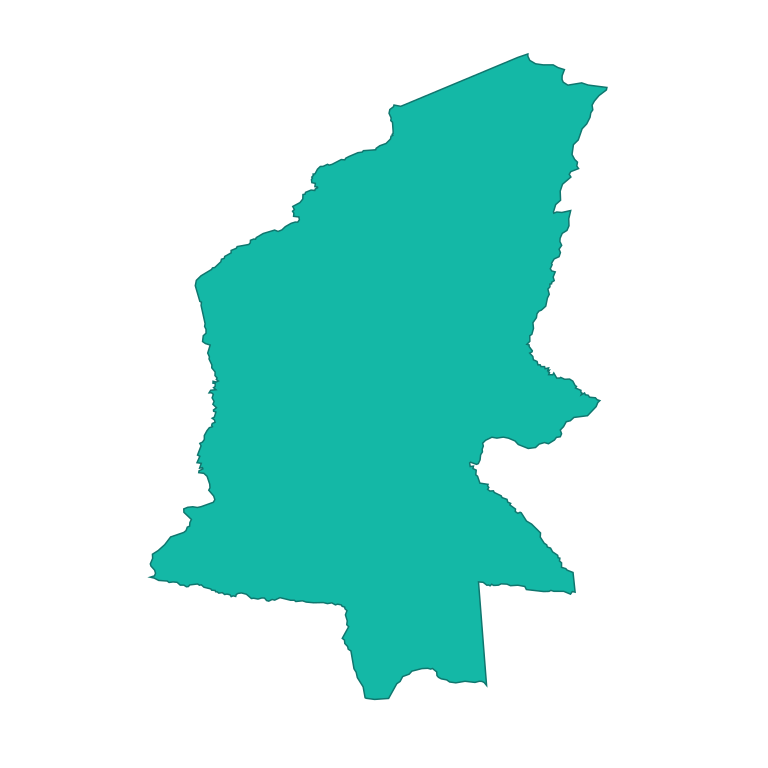 the district of Chinchipe, Zamora Chinchipe, Ecuador, rotated 84°
{"feature_id": "8360857B7366793693817", "entity_name": "Chinchipe", "entity_type": "district", "adm_level": 2, "iso_a3": "ECU", "parent_name": "Ecuador", "parent_adm1": "Zamora Chinchipe", "projection": "equal_earth", "projection_center": [-79.177, -4.854], "detail": "fine", "context": "isolated", "style": "filled", "palette": "teal", "viewbox_px": 768, "rotation_deg": 84, "n_neighbors": 0, "source": "geoboundaries", "source_scale": "gbopen_adm2", "svg_char_len": 6147}
<svg xmlns="http://www.w3.org/2000/svg" viewBox="0 0 768 768"><g transform="rotate(84 384 384)"><path d="M694.5,313.5L590.7,310.7L591.6,306.1L594.9,302.7L594.8,301.1L595.8,299.6L594.4,297.8L595.7,296.2L595.9,294.5L596.0,291.1L595.0,288.4L595.9,282.6L597.8,279.3L598.1,271.9L600.1,265.1L603.3,263.9L607.1,246.9L607.5,241.6L606.7,239.6L607.9,236.8L609.0,226.9L612.5,220.5L610.1,218.4L611.0,215.7L591.2,215.7L588.3,221.3L586.6,222.5L584.9,226.6L580.4,226.1L578.3,228.0L575.6,227.3L575.0,229.0L572.5,229.2L568.5,233.9L564.6,235.5L563.2,238.6L561.0,239.0L559.1,241.3L552.6,244.6L548.5,243.9L538.8,251.8L535.2,256.6L526.4,261.0L525.8,262.1L526.6,264.4L524.5,266.8L522.1,266.3L517.4,271.5L516.0,270.5L514.4,273.3L511.6,273.7L509.3,278.5L507.5,279.1L503.4,285.7L501.7,286.3L501.5,289.9L499.6,292.0L497.8,290.6L496.3,291.7L494.7,291.0L492.6,299.0L485.5,300.6L483.9,302.2L479.3,301.3L477.4,304.4L475.0,303.6L475.1,306.9L471.5,307.1L470.8,306.2L473.6,300.4L473.0,298.5L469.5,296.4L464.5,295.3L461.8,293.2L459.1,293.2L456.1,291.7L453.2,292.1L450.6,288.9L448.2,282.3L449.6,277.4L449.3,270.9L450.9,265.8L454.3,259.7L458.2,256.8L463.2,247.3L463.0,239.9L460.0,236.0L459.0,230.5L460.6,226.7L457.5,220.3L455.1,218.1L454.9,214.2L452.1,212.6L448.2,213.5L445.2,209.9L440.6,206.7L440.0,202.5L437.1,198.6L436.8,184.9L428.7,175.4L424.8,173.3L423.1,171.1L421.9,173.7L419.8,175.2L418.6,181.0L416.5,182.1L415.8,184.8L413.9,185.5L415.5,189.1L413.6,188.1L412.5,189.1L410.9,188.8L408.0,194.0L406.5,192.8L405.7,194.0L400.9,195.9L398.5,198.9L398.2,203.8L395.9,207.6L396.5,208.6L396.2,211.6L390.8,214.0L392.5,215.2L391.9,219.3L390.0,218.2L389.1,219.3L387.5,218.1L387.7,219.7L385.2,218.6L385.6,222.2L383.5,222.5L383.1,226.1L381.3,226.6L381.0,228.9L377.6,229.4L375.5,232.9L372.2,233.1L368.5,235.9L367.5,233.4L366.5,233.0L362.0,235.7L360.3,235.6L359.5,237.8L356.8,234.5L351.2,234.0L350.1,231.8L344.3,229.5L338.6,229.5L334.0,225.5L330.1,224.5L327.7,222.3L327.0,219.8L323.5,215.0L315.6,212.5L312.1,210.3L306.8,211.1L304.7,208.8L302.0,208.6L301.9,206.9L300.3,206.5L299.0,203.9L295.3,204.6L290.4,202.0L289.1,205.4L286.8,206.6L282.9,204.3L281.5,204.8L277.4,201.7L275.7,196.6L271.7,194.8L268.2,195.8L264.7,192.8L260.6,194.2L257.4,193.6L252.8,191.0L250.4,186.0L246.0,183.5L239.0,183.0L231.0,180.2L232.0,189.2L231.0,194.3L231.9,197.3L230.6,197.5L223.5,194.5L219.7,189.2L210.6,188.6L204.0,185.6L197.7,176.5L194.8,177.9L192.3,176.0L190.1,168.0L187.3,169.5L183.6,168.4L180.6,170.9L175.4,173.0L165.8,170.6L161.6,165.3L150.9,160.3L146.5,155.2L140.3,151.2L135.9,150.0L133.2,147.7L128.4,147.9L124.6,145.2L119.6,140.0L114.8,132.1L112.4,131.3L108.0,149.8L105.2,155.9L106.0,169.9L102.6,174.2L99.7,175.1L96.0,174.6L90.2,171.7L87.5,177.9L84.3,182.4L83.3,192.1L81.4,199.8L77.4,205.2L73.0,206.7L70.8,206.4L73.2,216.8L109.6,338.3L107.6,344.9L109.2,345.5L111.6,349.5L115.3,350.7L120.1,349.1L122.8,349.7L124.6,348.2L133.5,348.5L135.9,348.8L136.5,349.8L137.7,349.3L138.3,351.1L141.0,351.9L145.0,356.8L146.6,363.3L148.8,367.2L150.2,367.8L149.8,380.1L151.1,381.5L151.2,385.7L154.1,395.1L155.4,398.4L157.0,399.6L156.3,403.0L160.1,412.7L160.6,415.7L159.6,417.2L161.2,421.8L161.0,424.6L163.4,427.7L167.7,430.6L167.9,432.6L168.9,432.2L170.7,434.2L171.7,433.6L173.1,434.8L176.2,434.7L177.3,431.3L180.5,432.1L181.1,429.6L181.9,429.5L182.9,432.0L184.3,432.6L183.5,436.3L185.2,442.0L186.9,442.7L187.1,444.8L191.5,445.4L194.8,448.6L197.9,456.2L201.2,454.9L202.6,456.9L204.7,455.8L207.8,456.4L209.0,451.2L211.9,451.0L214.0,452.9L213.7,455.5L214.5,459.6L217.2,465.7L220.1,469.5L221.2,473.4L219.5,476.7L221.7,488.4L225.0,495.7L226.6,496.7L226.2,498.3L227.1,501.8L229.6,502.2L231.1,503.9L232.0,515.7L233.6,516.7L235.2,522.1L237.6,522.3L240.5,529.1L242.4,529.8L242.9,532.6L245.4,533.5L250.5,540.2L250.6,542.4L252.1,543.6L257.2,554.6L261.3,559.8L266.5,561.4L282.6,558.5L283.6,557.0L286.7,557.7L305.4,555.6L308.0,556.4L311.0,555.3L314.9,555.7L317.1,558.7L322.8,560.0L325.1,557.4L327.1,552.8L334.8,556.1L338.8,554.8L340.8,555.4L347.1,553.2L349.9,553.6L354.4,550.7L358.0,551.2L360.5,549.4L362.0,550.3L363.7,548.4L364.5,550.6L363.4,553.7L365.3,554.0L365.7,551.9L366.6,551.9L368.9,552.2L369.8,553.9L372.1,551.8L372.1,557.0L374.5,558.9L374.7,556.4L376.5,554.8L379.8,556.4L383.5,554.8L386.3,556.3L390.1,553.1L392.0,556.3L393.3,556.3L394.3,554.1L399.2,556.2L400.1,558.5L401.9,556.4L404.4,556.0L405.3,558.9L407.0,559.7L408.5,559.1L409.2,562.3L412.0,565.0L416.5,568.1L420.4,568.5L422.8,570.6L423.8,573.4L426.4,572.4L435.2,576.9L436.6,574.7L442.7,578.2L443.8,574.0L448.4,576.2L448.2,573.3L449.5,573.0L451.0,577.0L452.8,577.5L454.0,572.5L457.3,569.6L465.3,567.8L469.0,567.9L471.3,569.4L477.6,565.1L481.3,564.3L483.8,566.1L486.9,578.8L487.3,582.5L486.1,587.0L486.1,592.1L487.3,596.2L490.7,596.4L498.6,589.7L501.4,591.5L505.1,592.2L505.8,594.6L509.1,596.2L510.7,598.7L513.8,612.2L520.9,618.9L526.1,626.1L529.1,632.1L533.2,632.3L538.5,635.2L540.7,634.8L545.1,631.6L548.3,631.0L550.8,632.3L551.7,636.7L553.0,632.9L555.8,628.6L557.3,620.2L558.9,618.5L558.8,614.5L559.6,610.5L562.7,607.7L563.1,604.1L565.0,601.7L565.0,599.8L563.5,598.1L563.4,590.3L564.8,588.6L564.6,586.7L567.3,584.3L569.7,577.7L571.0,577.0L571.7,573.5L573.0,573.2L573.3,571.5L574.7,570.2L574.6,566.6L576.7,564.5L576.5,562.2L577.5,559.2L579.5,558.2L578.9,556.2L579.8,553.7L577.9,552.9L577.0,551.1L576.9,547.6L578.7,542.8L583.5,538.3L583.4,536.1L584.7,531.8L584.0,527.9L584.4,525.2L587.1,523.4L587.9,521.3L586.6,517.8L587.5,515.3L585.6,509.8L589.3,499.5L589.7,495.8L591.1,494.5L591.1,487.7L592.7,484.3L594.2,476.9L595.0,467.2L596.5,463.2L596.2,458.8L598.6,455.4L598.1,453.2L599.2,449.6L600.7,448.9L601.8,446.4L603.5,446.3L605.5,444.5L609.6,446.5L615.7,445.3L619.5,446.2L621.7,444.5L632.6,452.1L634.5,450.1L638.0,450.1L641.3,447.6L644.0,447.3L646.0,444.8L664.1,443.6L667.8,441.8L673.2,441.2L683.0,436.4L694.0,435.6L694.7,434.6L696.7,426.4L697.2,412.3L683.4,402.6L681.5,399.1L676.9,396.0L675.2,389.3L672.5,386.3L671.0,376.1L671.3,370.2L672.4,367.4L672.0,365.5L675.8,361.7L679.5,361.8L681.4,360.5L683.2,357.9L684.8,352.6L687.2,349.9L688.7,343.8L688.1,334.5L690.3,324.7L689.6,320.3L690.0,317.7L691.3,315.6L694.5,313.5Z" fill="#14b8a6" stroke="#0f766e" stroke-width="1.5"/></g></svg>